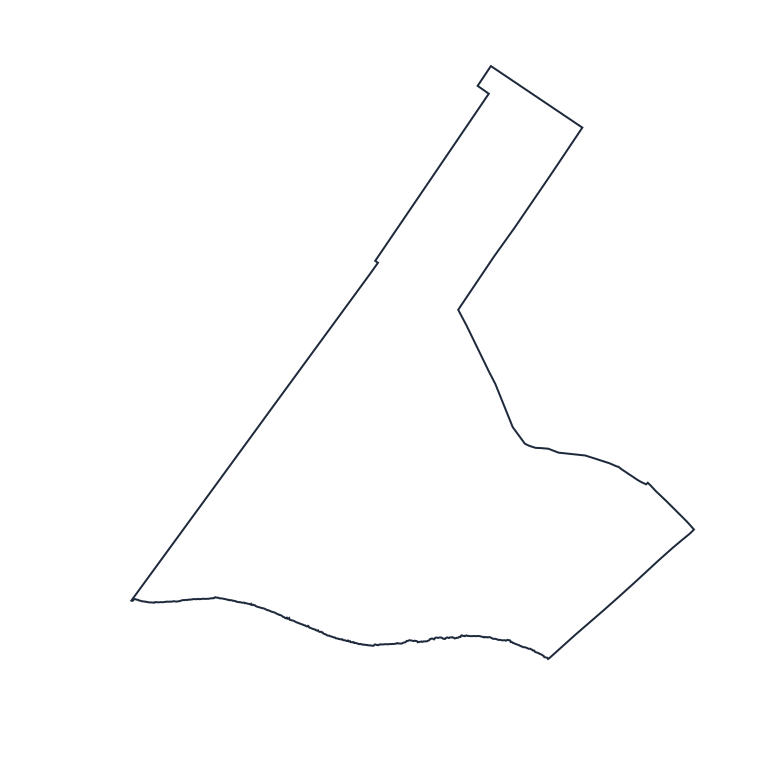 Berazategui, Buenos Aires, Argentina, rotated 171°
{"feature_id": "61730980B8978802386403", "entity_name": "Berazategui", "entity_type": "district", "adm_level": 2, "iso_a3": "ARG", "parent_name": "Argentina", "parent_adm1": "Buenos Aires", "projection": "orthographic", "projection_center": [-58.113, -34.844], "detail": "fine", "context": "isolated", "style": "outline", "palette": "slate", "viewbox_px": 768, "rotation_deg": 171, "n_neighbors": 0, "source": "geoboundaries", "source_scale": "gbopen_adm2", "svg_char_len": 6136}
<svg xmlns="http://www.w3.org/2000/svg" viewBox="0 0 768 768"><g transform="rotate(171 384 384)"><path d="M667.4,209.6L666.5,209.1L665.7,209.5L665.4,209.9L664.7,210.3L663.1,210.4L662.1,209.7L660.7,209.3L660.0,208.6L657.9,207.8L656.5,207.0L656.0,207.0L654.7,206.7L654.0,206.3L653.2,206.2L652.5,205.8L651.9,205.8L651.1,205.3L649.5,204.9L648.8,204.8L645.9,204.2L645.3,203.9L644.8,204.0L644.5,204.3L644.0,204.4L642.4,203.9L639.4,203.5L638.7,203.5L637.4,203.2L636.1,203.0L634.0,203.1L633.3,202.9L632.0,203.0L630.2,202.5L628.9,202.5L627.1,202.2L625.9,202.4L622.8,201.5L620.7,201.6L619.4,201.5L617.6,202.0L616.6,201.9L615.8,202.0L614.8,201.7L613.3,201.8L612.3,201.4L610.3,201.6L609.4,201.3L608.2,201.4L607.2,201.2L606.1,201.4L605.2,201.3L603.3,200.8L602.6,200.9L601.9,200.8L601.3,200.9L601.0,200.6L600.4,200.4L599.3,200.4L597.8,200.1L596.5,200.3L593.7,199.6L592.7,199.6L591.2,199.3L588.4,199.4L587.4,199.2L586.8,199.3L585.8,199.0L585.2,199.2L585.0,199.5L584.5,199.7L583.7,199.7L583.3,199.3L582.1,199.1L581.5,198.8L580.9,198.8L580.3,198.2L579.7,197.9L578.3,197.8L574.0,196.2L573.6,195.9L572.4,195.6L571.8,195.3L571.2,194.8L570.8,194.7L570.5,194.9L569.0,194.3L568.1,194.2L567.5,193.8L567.2,193.5L566.0,193.3L564.3,192.6L564.1,192.2L563.4,192.0L562.6,191.6L561.2,191.1L560.6,191.2L557.9,190.0L556.7,190.0L556.2,189.9L555.8,189.3L555.1,189.3L552.4,188.1L551.0,187.7L549.8,186.7L549.5,186.6L549.3,187.2L548.9,186.6L548.6,186.3L547.8,186.4L546.9,185.8L546.6,185.8L545.8,185.4L545.4,184.7L543.6,183.6L540.2,182.1L539.1,181.5L538.1,181.3L537.7,181.1L534.7,179.0L533.8,178.7L533.7,178.5L532.3,177.9L530.7,176.7L530.0,176.5L528.8,175.8L527.4,175.2L525.9,173.9L525.0,173.3L524.3,173.0L523.8,172.7L523.6,172.3L523.0,172.2L522.0,171.7L520.8,170.7L520.4,170.0L520.0,169.7L518.8,169.1L518.4,168.4L517.9,168.1L517.5,168.0L517.1,168.1L516.8,168.4L516.3,168.4L515.6,167.8L515.8,167.2L514.8,167.1L514.2,167.5L514.1,166.9L514.3,166.5L514.2,166.2L513.5,165.6L512.8,165.3L510.7,164.5L509.5,163.7L507.9,162.4L507.2,162.0L506.9,162.0L506.5,161.8L506.0,161.2L505.4,160.9L505.1,160.9L504.3,160.5L503.8,160.0L502.2,159.3L501.8,159.1L501.4,158.6L500.7,158.3L500.3,158.0L500.0,157.9L499.6,157.9L499.4,157.8L498.7,156.8L497.3,156.6L496.8,157.0L496.4,156.6L496.3,155.8L496.1,155.4L492.5,153.2L491.3,152.6L490.1,152.1L489.9,151.6L489.6,151.3L488.9,151.0L488.3,150.9L487.7,151.0L487.6,150.3L487.4,149.9L486.1,149.2L485.8,149.1L485.1,149.2L484.6,149.0L483.9,148.1L483.3,148.0L482.9,147.0L481.6,146.2L480.5,145.7L479.6,144.7L478.6,144.2L477.2,143.9L476.6,143.3L476.1,143.0L475.1,142.7L473.2,141.5L472.7,141.5L472.2,141.3L471.9,141.1L471.6,140.5L471.1,140.3L469.6,139.9L469.2,139.7L468.9,139.3L468.2,139.2L467.2,138.7L466.2,138.5L465.9,138.3L465.3,138.5L465.0,138.3L464.8,137.8L464.4,137.4L462.4,136.9L461.1,136.0L460.5,135.9L459.9,136.1L459.6,136.3L459.4,136.2L459.2,135.5L459.0,135.3L458.8,135.1L458.0,135.3L457.7,135.2L457.3,134.3L456.9,134.1L455.9,134.0L455.0,133.6L454.7,133.9L454.2,133.6L454.0,133.0L453.7,132.7L452.6,132.8L451.8,132.3L450.4,131.7L450.1,131.3L449.8,131.1L449.2,131.1L448.4,130.9L447.8,131.0L447.3,130.6L447.0,130.5L446.4,130.1L445.6,130.1L445.4,129.8L443.3,129.4L442.2,128.9L441.5,128.9L440.7,128.4L439.6,128.3L439.1,128.0L438.3,128.0L437.7,127.6L437.2,127.6L436.2,127.2L435.4,127.1L435.1,127.2L434.4,127.9L433.5,128.2L431.4,127.1L430.8,127.2L430.3,126.9L429.6,127.3L428.8,127.3L428.4,127.5L427.2,127.1L425.7,127.0L425.1,126.8L423.9,126.9L420.9,126.3L419.3,126.2L418.8,126.3L417.8,126.0L415.8,125.9L415.3,125.7L413.3,125.8L412.9,125.6L412.3,125.6L411.8,126.0L411.2,126.0L410.5,125.5L408.8,125.2L407.7,124.9L407.0,124.9L405.8,125.3L404.6,125.6L403.1,125.6L402.6,125.9L401.8,126.7L400.6,126.5L399.4,126.9L398.9,126.9L397.0,126.4L395.4,125.6L394.9,125.5L394.1,125.7L393.7,125.6L393.2,125.3L391.8,124.9L391.3,124.4L391.1,123.7L387.2,123.8L387.0,123.5L386.4,123.3L385.0,123.6L383.6,123.3L382.0,123.2L379.8,123.7L379.2,124.0L378.6,124.8L378.0,125.0L377.3,124.9L376.6,125.1L375.5,124.8L374.6,123.9L374.4,123.9L373.5,125.0L372.9,125.3L371.9,125.4L370.4,124.8L368.3,124.9L366.8,124.5L366.4,124.2L365.8,123.5L364.8,122.9L364.0,122.7L363.5,122.7L363.2,122.9L363.1,123.3L362.1,123.5L361.5,123.8L360.9,123.7L359.8,123.0L359.4,123.0L359.0,123.3L358.6,123.4L357.1,123.1L356.7,123.1L356.3,123.3L355.8,123.1L354.7,122.2L354.4,122.1L353.9,121.6L353.2,121.8L352.3,121.8L351.9,122.0L350.4,121.8L349.1,122.5L348.0,122.2L347.3,123.3L346.3,123.6L345.4,122.8L344.4,122.6L343.9,122.4L343.7,122.6L343.2,122.3L341.9,122.8L340.7,122.0L339.6,122.0L338.6,121.5L335.1,121.0L334.3,121.1L333.1,120.6L330.2,120.4L329.5,120.1L328.6,119.9L326.8,119.0L326.4,119.0L325.6,118.4L325.2,118.5L324.5,118.1L324.0,118.4L322.2,117.7L321.8,117.9L321.1,117.5L319.5,117.5L318.8,117.3L317.7,116.4L317.2,116.1L316.7,115.6L316.1,115.3L313.9,114.9L311.9,113.9L311.5,113.5L309.3,113.1L308.1,112.6L306.9,112.2L304.9,112.1L304.0,111.5L303.6,111.4L302.2,112.0L301.6,111.7L300.2,111.3L299.6,111.0L299.3,110.4L299.3,110.0L299.4,109.7L299.3,109.3L298.6,109.3L297.9,109.0L297.6,108.8L297.2,108.1L296.5,107.9L295.9,107.4L294.0,106.2L292.8,105.7L291.7,104.9L291.3,104.8L290.3,103.9L289.9,103.8L289.5,103.4L289.1,103.3L287.6,102.2L286.1,102.0L284.2,101.0L282.7,99.9L282.4,99.8L281.3,99.8L280.2,99.0L279.8,98.6L279.1,98.3L278.9,97.7L278.7,97.6L277.8,97.2L277.5,97.3L277.2,97.0L276.9,96.0L276.1,95.4L274.6,94.6L273.8,94.4L273.4,94.0L273.1,93.6L272.8,93.3L271.8,92.9L271.2,92.3L270.3,91.8L269.6,91.0L268.9,90.6L268.8,89.8L268.3,89.1L267.3,88.8L266.6,88.4L265.5,88.0L264.9,86.7L262.9,87.8L234.4,106.3L201.9,126.5L185.2,137.2L168.0,148.4L139.7,167.3L124.7,176.9L114.4,183.1L105.0,188.6L100.6,191.8L106.5,200.9L123.1,223.7L132.5,236.0L136.2,241.5L138.9,245.2L140.8,243.9L143.8,245.9L145.9,247.4L148.8,249.8L162.0,262.0L163.2,263.1L165.5,265.7L166.9,266.1L173.8,270.5L196.4,281.9L222.4,288.9L231.9,294.4L238.8,296.1L244.2,297.2L250.2,300.2L254.2,303.0L263.6,321.2L274.0,366.5L278.3,379.5L293.3,428.7L299.1,445.7L255.6,492.5L230.6,517.9L185.9,565.3L148.0,606.2L228.7,681.3L244.9,663.8L235.1,654.3L373.4,507.0L371.0,504.7L379.1,496.4L501.5,374.8L515.8,360.5L667.4,209.6Z" fill="none" stroke="#1e293b" stroke-width="2"/></g></svg>